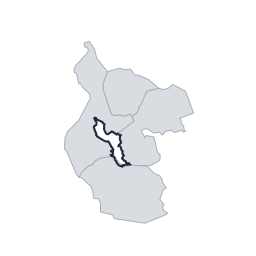 Malawi and the surrounding countries, rotated 159°
{"feature_id": "MWI", "entity_name": "Malawi", "entity_type": "country or territory", "adm_level": 0, "iso_a3": "MWI", "parent_name": "Africa", "parent_adm1": "", "projection": "mercator", "projection_center": [34.097, -13.263], "detail": "fine", "context": "with_neighbors", "style": "outline", "palette": "slate", "viewbox_px": 256, "rotation_deg": 159, "n_neighbors": 4, "source": "natural_earth", "source_scale": "50m", "svg_char_len": 5064}
<svg xmlns="http://www.w3.org/2000/svg" viewBox="0 0 256 256"><g transform="rotate(159 128 128)"><path d="M146.2,33.0L173.1,48.2L173.6,52.4L183.7,59.5L180.5,68.2L180.9,72.3L185.4,74.9L183.7,81.0L183.6,86.6L189.0,98.2L191.6,99.8L186.0,103.9L178.3,106.7L174.0,106.6L171.5,108.8L164.7,109.9L156.2,107.9L150.9,108.4L148.9,98.6L145.1,93.3L138.1,92.0L123.8,85.6L120.0,76.6L115.9,72.6L114.5,68.4L115.2,64.7L113.9,58.2L116.8,57.9L123.9,50.1L121.9,43.4L123.9,42.5L124.3,38.3L121.5,34.3L124.0,33.5L146.2,33.0Z" fill="#d9dde1" stroke="#a8b0b8" stroke-width="1"/><path d="M127.0,188.0L114.5,186.8L110.0,183.3L104.6,182.2L102.5,174.7L99.4,173.9L91.4,165.6L85.0,154.0L97.6,155.5L107.7,144.6L110.3,144.0L111.1,141.4L115.1,138.5L120.5,137.5L121.0,140.2L126.9,140.1L131.7,143.5L135.1,144.0L138.7,146.4L137.4,173.2L134.5,179.4L127.0,188.0Z" fill="#d9dde1" stroke="#a8b0b8" stroke-width="1"/><path d="M121.0,84.8L138.1,92.0L141.5,95.2L143.3,101.3L140.6,109.1L142.0,115.1L139.8,117.6L137.6,124.4L141.3,126.2L119.8,132.3L120.5,137.5L115.1,138.5L111.1,141.4L110.3,144.0L107.7,144.6L97.6,155.5L85.0,154.0L80.9,151.1L76.3,150.7L70.5,152.4L61.1,141.7L61.4,118.4L76.2,118.5L75.6,116.0L76.6,113.3L75.4,109.9L76.2,106.4L75.5,104.2L77.9,104.3L78.3,106.6L86.1,107.1L88.5,110.4L94.2,111.4L98.5,109.1L100.1,112.9L105.5,113.9L111.0,121.0L116.4,121.0L115.8,113.2L113.9,114.5L107.0,110.4L109.2,94.7L107.6,91.5L109.6,86.9L111.5,86.1L121.0,84.8Z" fill="#d9dde1" stroke="#a8b0b8" stroke-width="1"/><path d="M150.9,108.4L156.2,107.9L164.7,109.9L171.5,108.8L174.0,106.6L178.3,106.7L186.0,103.9L191.6,99.8L192.8,103.0L193.6,127.9L194.9,131.5L190.0,141.9L185.5,146.4L171.1,152.9L152.5,169.3L151.9,174.7L155.2,180.4L156.7,187.2L158.0,186.8L156.6,197.9L158.3,199.2L157.2,202.4L154.3,205.2L139.9,212.1L136.8,215.0L137.4,218.3L139.2,218.8L138.6,223.0L133.2,222.9L131.0,213.1L132.2,204.3L127.0,188.0L134.5,179.4L137.4,173.2L138.7,146.4L135.1,144.0L131.7,143.5L126.9,140.1L121.0,140.2L119.8,132.3L141.3,126.2L145.4,129.8L147.4,129.1L150.2,130.9L150.6,133.9L149.1,137.3L149.6,142.5L154.2,147.0L156.4,141.9L159.4,140.4L158.8,130.9L155.9,125.6L153.3,123.3L150.9,123.4L148.9,113.9L150.9,108.4Z" fill="#d9dde1" stroke="#a8b0b8" stroke-width="1"/><path d="M141.2,126.6L140.9,126.0L140.6,126.2L140.1,126.5L139.9,126.6L139.7,126.5L139.6,126.3L139.3,125.6L138.9,125.1L138.5,124.9L138.2,124.7L138.3,124.5L138.4,124.3L138.4,124.2L138.2,123.9L137.5,123.6L138.1,123.2L138.5,122.8L138.8,122.5L139.1,121.8L139.4,121.0L139.6,120.8L139.7,120.3L139.6,119.8L139.7,119.1L139.8,118.4L139.6,118.2L139.4,117.7L139.6,117.0L140.0,116.5L141.5,115.9L142.6,115.5L142.9,115.3L143.2,114.8L143.4,114.4L142.4,114.3L142.2,114.1L141.6,112.7L141.9,111.1L142.0,110.5L142.0,109.7L141.9,109.1L141.6,108.9L141.4,108.5L141.5,107.7L142.3,106.5L142.5,105.8L142.2,105.3L141.9,104.6L141.7,104.1L141.7,103.9L141.9,103.6L142.3,103.3L142.7,103.3L143.1,103.1L144.5,101.7L144.3,101.0L143.7,100.3L143.6,100.0L143.6,99.2L143.4,98.9L142.6,98.4L142.0,97.8L142.2,97.2L142.3,96.5L142.0,96.1L141.6,95.8L141.3,95.2L141.2,94.8L140.9,94.6L140.6,94.6L140.3,94.9L140.1,94.9L139.8,94.8L139.7,94.4L139.7,94.0L139.5,93.8L139.3,93.4L139.2,93.2L139.4,93.2L139.6,93.1L140.7,93.9L141.4,93.9L142.2,94.0L142.8,94.7L143.1,94.7L143.6,94.7L144.8,94.6L145.2,94.7L145.9,95.1L146.1,95.1L146.5,95.1L146.6,94.8L146.5,94.4L146.6,94.1L146.9,93.9L147.5,94.2L149.2,95.6L150.3,97.1L150.6,97.7L150.6,98.0L150.9,99.2L151.0,99.8L150.9,100.2L150.9,100.6L151.1,101.1L151.0,101.3L151.4,102.0L151.6,102.6L151.6,103.2L151.5,103.8L151.2,104.6L151.1,105.0L151.2,105.3L151.4,105.6L151.8,106.0L152.0,106.4L152.2,106.9L152.4,107.2L152.6,107.1L152.9,107.2L153.2,107.5L153.5,108.0L153.6,108.6L153.7,108.9L152.8,108.8L151.6,108.9L151.3,109.2L151.2,109.7L150.8,110.7L150.6,111.1L150.2,111.8L149.6,112.8L149.4,113.1L149.5,113.4L149.8,114.8L150.2,116.2L150.3,116.7L150.6,118.6L150.7,120.0L150.8,120.7L150.9,121.8L151.2,122.4L151.6,122.7L152.9,122.9L153.3,123.2L154.1,123.9L155.7,125.7L156.6,126.9L157.4,127.9L158.9,129.9L160.0,131.4L160.1,132.8L160.3,133.0L159.9,134.0L159.7,135.7L159.9,136.8L159.8,138.8L159.6,140.8L159.3,141.5L159.0,141.8L158.2,142.0L156.5,142.3L156.3,142.5L156.0,142.9L155.7,143.9L155.3,144.8L155.2,145.3L155.6,145.8L156.0,147.1L156.0,149.2L155.9,149.4L155.4,149.5L154.9,149.4L154.6,149.3L154.4,149.1L154.3,148.6L154.6,148.3L154.8,147.8L154.5,147.3L154.1,147.2L153.5,146.7L152.3,145.3L151.2,144.3L150.6,143.5L150.0,143.1L149.8,142.9L149.7,142.6L149.7,142.1L149.8,141.7L149.6,141.3L148.9,140.6L148.7,140.3L148.6,139.9L148.9,139.5L149.4,138.9L149.8,137.9L150.0,137.3L150.7,136.0L150.8,134.8L150.8,133.9L150.8,133.2L150.6,131.8L150.5,130.8L149.6,129.6L149.3,129.4L148.4,129.5L147.6,129.7L147.2,130.0L146.7,130.0L145.2,130.2L144.7,130.3L144.5,130.6L144.3,130.6L143.4,129.6L142.6,128.6L141.5,126.8L141.2,126.6ZM152.0,112.7L151.7,112.8L151.6,112.6L151.6,112.3L151.7,112.0L152.0,111.9L152.1,112.0L152.3,112.1L152.3,112.3L152.2,112.6L152.0,112.7ZM151.4,112.0L151.3,112.4L151.0,112.4L150.7,112.0L150.8,111.8L151.1,111.7L151.3,111.8L151.4,112.0Z" fill="none" stroke="#1e293b" stroke-width="2"/></g></svg>